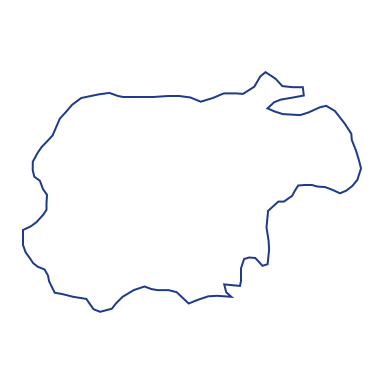 the district of Kythrea, Cyprus
{"feature_id": "46923920B79735080950655", "entity_name": "Kythrea", "entity_type": "district", "adm_level": 2, "iso_a3": "CYP", "parent_name": "Cyprus", "parent_adm1": "", "projection": "natural_earth1", "projection_center": [33.485, 35.259], "detail": "fine", "context": "isolated", "style": "outline", "palette": "blue", "viewbox_px": 384, "rotation_deg": 0, "n_neighbors": 0, "source": "geoboundaries", "source_scale": "gbopen_adm2", "svg_char_len": 1554}
<svg xmlns="http://www.w3.org/2000/svg" viewBox="0 0 384 384"><path d="M188.7,303.5L197.6,299.9L208.3,296.3L217.0,295.8L231.3,296.8L226.2,292.2L224.2,284.4L234.4,285.4L240.0,285.9L241.0,280.8L241.0,268.3L244.1,259.0L249.2,257.5L255.3,258.0L262.5,265.8L267.6,264.2L269.1,249.7L268.6,240.9L266.5,227.4L268.1,210.9L278.3,201.6L283.9,201.6L288.3,198.5L292.1,195.9L294.6,191.2L298.2,185.5L304.8,185.0L312.0,185.0L317.1,186.5L325.2,187.1L331.9,189.6L340.0,193.3L346.2,190.7L348.9,188.6L352.3,186.0L357.4,179.8L361.0,168.4L358.9,160.1L355.9,150.3L351.8,140.0L351.3,133.7L344.6,123.4L334.9,111.0L326.2,105.8L322.5,106.7L319.6,107.4L308.4,112.5L300.2,115.1L282.9,114.1L274.7,111.5L267.5,108.4L274.2,102.2L280.8,99.6L293.1,97.5L303.8,95.5L302.8,87.2L292.6,87.2L282.3,86.1L275.7,78.9L272.5,76.7L265.5,72.2L260.4,76.3L254.3,86.7L243.0,93.9L236.4,93.4L223.7,93.4L212.9,98.0L200.7,101.7L190.5,97.5L179.2,96.0L168.0,96.0L153.2,97.0L134.8,97.0L123.1,97.0L118.0,96.0L109.3,92.9L98.6,94.4L81.2,98.0L72.1,104.8L65.9,112.0L59.8,118.7L56.2,127.0L52.7,135.3L47.0,141.5L41.9,146.7L37.9,152.4L32.8,161.7L32.7,170.0L34.3,176.7L39.9,180.8L43.0,189.1L47.0,194.8L46.5,203.6L46.5,209.8L43.0,215.0L36.3,222.3L30.7,226.4L23.0,230.0L23.0,237.3L23.0,245.0L25.6,252.3L29.7,258.0L33.2,263.2L37.8,266.8L44.5,269.4L48.0,275.6L49.1,281.3L54.7,292.7L62.9,294.2L73.1,296.8L86.3,298.9L93.5,309.2L100.1,311.8L111.9,308.7L115.9,303.5L122.6,296.8L133.8,290.1L144.5,286.5L151.2,289.0L157.3,290.1L168.5,290.1L176.7,292.2L184.3,299.4L188.7,303.5Z" fill="none" stroke="#1e3a8a" stroke-width="2"/></svg>